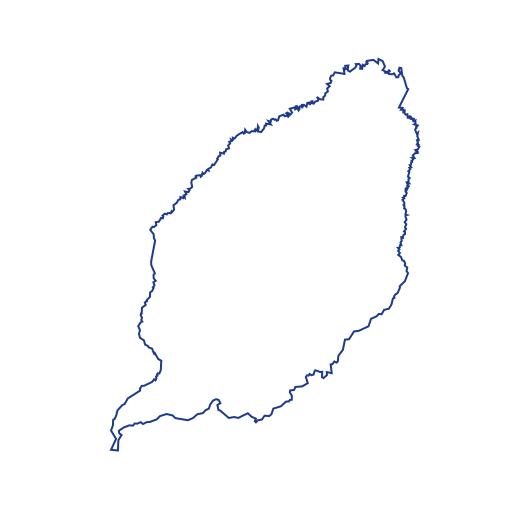 Atalaia do Norte, Amazonas, Brazil (Mercator projection), rotated 345°
{"feature_id": "56859067B65485881106504", "entity_name": "Atalaia do Norte", "entity_type": "district", "adm_level": 2, "iso_a3": "BRA", "parent_name": "Brazil", "parent_adm1": "Amazonas", "projection": "mercator", "projection_center": [-71.422, -5.671], "detail": "fine", "context": "isolated", "style": "outline", "palette": "blue", "viewbox_px": 512, "rotation_deg": 345, "n_neighbors": 0, "source": "geoboundaries", "source_scale": "gbopen_adm2", "svg_char_len": 6125}
<svg xmlns="http://www.w3.org/2000/svg" viewBox="0 0 512 512"><g transform="rotate(345 256 256)"><path d="M72.3,408.1L75.4,398.3L79.8,394.1L78.0,392.0L78.3,389.3L83.8,387.4L89.9,386.8L93.3,388.0L95.4,386.4L98.1,387.2L101.7,386.7L103.4,389.1L107.2,388.2L110.7,388.8L117.9,388.1L121.8,385.8L128.7,385.5L134.2,388.4L136.1,391.7L147.7,397.0L153.2,396.2L158.4,393.7L164.1,394.0L167.3,391.9L171.0,391.2L173.3,387.6L177.2,384.5L180.4,384.0L182.6,385.3L183.5,388.9L180.1,390.0L179.9,395.1L181.4,396.0L187.8,405.4L193.2,405.9L197.0,407.8L207.4,405.8L210.2,410.2L213.8,413.1L212.1,415.3L212.9,416.6L215.0,415.2L219.4,415.5L222.9,412.5L227.3,414.0L229.9,412.9L233.2,407.9L241.2,407.6L247.4,404.4L250.0,405.0L251.4,403.9L253.3,404.1L254.5,400.2L253.4,396.7L254.1,394.7L258.0,395.3L260.2,392.7L266.9,393.9L273.1,392.2L272.8,385.9L274.3,384.5L275.9,385.1L277.3,383.8L278.6,385.5L281.0,385.4L283.1,381.9L284.1,381.9L288.0,384.7L290.0,385.0L288.4,390.1L289.6,391.4L293.7,389.4L294.3,386.4L298.8,388.8L300.1,380.0L301.8,380.3L304.4,378.2L306.1,379.8L307.7,379.0L309.8,373.7L315.7,369.0L320.3,359.8L324.3,360.5L331.2,354.2L335.8,354.9L346.5,353.0L350.9,346.4L356.7,345.5L359.7,343.7L362.2,344.8L365.8,341.2L370.7,341.3L374.3,337.9L377.2,332.5L378.9,332.2L378.9,330.7L380.7,329.2L383.2,328.4L386.8,323.9L386.9,322.5L393.4,318.8L398.4,311.9L397.5,309.5L399.1,306.3L397.2,303.7L398.2,301.9L397.7,299.0L396.2,298.1L395.8,294.5L393.7,291.8L395.8,290.4L394.6,287.8L396.2,286.7L395.2,284.8L397.0,284.9L398.1,282.7L399.2,283.1L399.1,280.2L400.7,279.1L401.0,276.4L402.1,276.5L401.7,275.6L402.8,275.9L403.8,274.0L405.7,273.3L406.1,271.5L405.3,270.6L408.0,268.7L407.3,266.9L409.4,264.2L408.4,261.8L410.8,259.9L410.5,257.0L411.1,255.4L412.2,255.4L411.1,254.7L412.6,251.4L412.6,249.5L411.4,248.3L412.3,246.9L411.7,244.9L412.6,244.8L413.1,242.4L412.0,239.7L414.0,238.7L413.1,237.6L414.8,237.1L414.8,236.3L416.1,236.7L417.9,234.1L417.3,232.8L419.0,230.9L417.5,231.0L418.0,229.6L420.6,228.8L420.3,227.7L421.5,227.9L420.8,225.2L422.5,225.5L421.2,223.8L422.6,223.9L423.1,221.4L424.6,220.5L423.3,218.7L425.9,214.4L425.1,213.5L427.5,212.0L427.0,210.5L428.9,210.5L428.0,208.0L429.3,207.8L430.5,205.1L431.1,206.5L431.1,204.6L433.2,203.0L432.3,201.8L434.4,202.3L433.4,199.6L436.1,197.9L438.5,198.3L437.6,195.7L438.8,196.4L438.3,194.9L440.0,194.9L442.1,192.6L441.0,191.4L440.8,192.1L440.7,190.9L441.6,190.6L440.5,189.6L441.7,188.9L441.5,185.8L442.5,185.9L442.3,186.6L443.3,186.1L442.8,182.0L444.2,179.1L443.0,179.9L442.4,175.3L443.7,173.4L444.2,174.6L444.2,173.1L446.0,171.8L442.9,169.8L444.4,169.3L444.8,167.3L443.7,166.9L444.8,166.1L442.9,165.6L443.8,164.3L441.5,163.8L442.2,163.1L441.6,161.8L440.6,162.1L440.6,160.8L438.4,161.4L438.9,158.2L437.2,158.2L436.4,156.6L437.2,154.3L435.6,154.8L436.3,152.7L434.0,152.3L435.7,150.8L432.5,149.6L446.2,134.2L445.2,132.8L444.9,121.8L444.0,120.1L444.9,112.0L443.3,111.3L441.7,114.0L443.3,117.1L440.6,118.3L439.7,120.1L437.8,119.7L436.6,115.3L434.8,115.8L431.4,114.6L430.8,113.5L433.1,112.0L432.6,111.1L429.4,112.9L428.2,112.4L429.1,111.5L426.4,109.2L429.6,106.5L428.8,100.6L425.3,97.4L423.8,101.6L420.2,97.0L413.6,96.2L412.8,97.0L413.8,98.7L413.2,99.4L411.4,99.1L410.1,100.6L408.6,99.0L407.0,102.7L405.1,102.0L406.3,99.2L405.2,97.1L402.2,96.5L402.5,97.8L400.6,99.8L394.4,102.2L393.0,100.9L392.9,99.5L394.5,95.9L391.4,95.4L391.2,99.6L390.2,97.5L389.2,97.3L388.6,103.0L379.6,99.0L377.2,101.6L375.4,101.3L373.6,103.3L373.2,104.9L374.2,106.3L372.9,108.2L369.2,108.2L371.1,111.1L368.1,112.6L368.0,115.7L365.0,116.8L364.3,119.0L362.1,120.0L361.5,122.3L358.4,121.2L355.9,118.1L356.8,120.6L356.0,122.1L353.1,122.2L351.1,123.8L350.4,123.3L350.6,121.1L349.7,121.0L349.5,122.3L347.4,123.4L346.7,122.7L347.4,121.6L345.2,121.4L343.4,124.8L341.3,122.3L339.7,122.0L340.0,123.7L339.0,124.4L338.3,122.8L336.5,123.0L336.1,125.3L334.8,126.4L334.2,121.7L333.1,121.7L332.8,124.3L331.8,124.5L331.9,122.5L326.8,122.5L328.0,126.7L326.0,128.2L323.5,125.6L322.1,126.0L324.2,129.1L323.1,129.8L322.5,128.4L319.9,128.4L319.0,126.6L314.6,127.1L312.4,130.6L311.0,130.7L310.4,129.1L309.1,129.1L308.0,127.8L305.8,128.2L305.0,130.0L302.9,128.8L304.4,132.8L300.0,130.7L299.6,132.5L298.2,132.2L296.7,134.9L293.0,137.6L290.0,136.1L291.9,132.7L291.5,131.0L290.7,133.2L288.0,135.0L287.9,133.6L286.2,135.1L284.2,134.3L281.6,135.4L279.1,133.8L278.2,131.3L276.9,134.5L275.7,134.6L275.2,132.8L268.8,134.7L265.8,136.9L264.3,135.8L264.0,137.6L263.2,138.1L262.1,137.0L262.2,138.7L259.7,138.8L260.1,140.6L257.7,142.0L257.8,145.0L254.6,145.3L253.8,147.1L252.1,147.2L251.5,148.8L248.1,146.9L247.5,149.8L245.7,150.0L243.7,152.0L244.2,152.7L239.0,157.3L237.6,156.3L235.5,158.7L232.2,159.7L232.3,161.3L230.8,160.2L228.2,162.8L226.6,163.3L225.9,161.7L224.1,164.8L223.2,165.1L223.4,163.6L219.0,162.9L218.3,163.3L218.6,164.9L213.7,166.0L212.5,168.5L212.3,172.7L209.5,174.1L208.0,173.7L208.7,175.4L207.3,176.8L204.1,175.3L204.8,178.3L202.8,178.7L202.3,181.2L201.4,179.5L200.6,181.2L198.2,179.5L197.5,181.7L195.5,181.7L193.2,184.1L189.4,185.6L188.9,189.9L187.0,191.4L186.0,192.0L185.8,191.2L184.6,192.6L182.0,191.7L180.6,192.7L179.0,191.5L176.2,192.7L176.6,194.1L175.7,195.5L174.2,194.6L171.2,197.7L167.9,197.4L167.7,200.4L164.9,201.6L163.6,200.9L160.6,203.3L162.8,208.6L162.0,212.3L162.6,214.8L153.2,234.4L152.5,237.8L153.8,246.7L152.2,247.6L151.4,250.9L152.7,254.0L150.1,254.8L150.3,258.1L148.3,259.6L148.8,260.3L146.6,262.9L144.3,263.8L143.0,268.0L138.8,270.5L139.0,271.4L136.6,272.1L136.8,274.7L132.5,276.4L130.7,282.0L129.9,281.9L129.3,283.6L129.9,286.1L128.6,288.3L129.2,289.9L127.0,290.5L124.1,293.3L124.7,297.6L122.8,300.9L122.8,305.0L125.9,308.5L126.0,313.0L128.3,314.9L128.8,316.6L131.6,318.5L132.1,323.0L132.3,324.0L133.1,323.4L134.9,330.2L137.4,332.6L134.4,341.8L132.2,344.5L130.9,343.9L129.7,344.8L129.8,346.1L128.2,346.6L128.0,348.7L126.7,350.1L125.7,348.7L123.2,350.7L114.4,352.4L112.0,351.9L109.5,354.2L109.3,356.0L95.3,360.4L90.8,365.0L88.3,365.4L82.2,369.3L79.7,373.9L77.3,376.8L75.6,377.3L74.0,382.5L70.8,387.1L73.5,396.4L65.8,405.7L72.3,408.1ZM438.8,161.7L439.7,161.1L440.1,161.3L439.5,162.2L438.8,161.7Z" fill="none" stroke="#1e3a8a" stroke-width="2"/></g></svg>